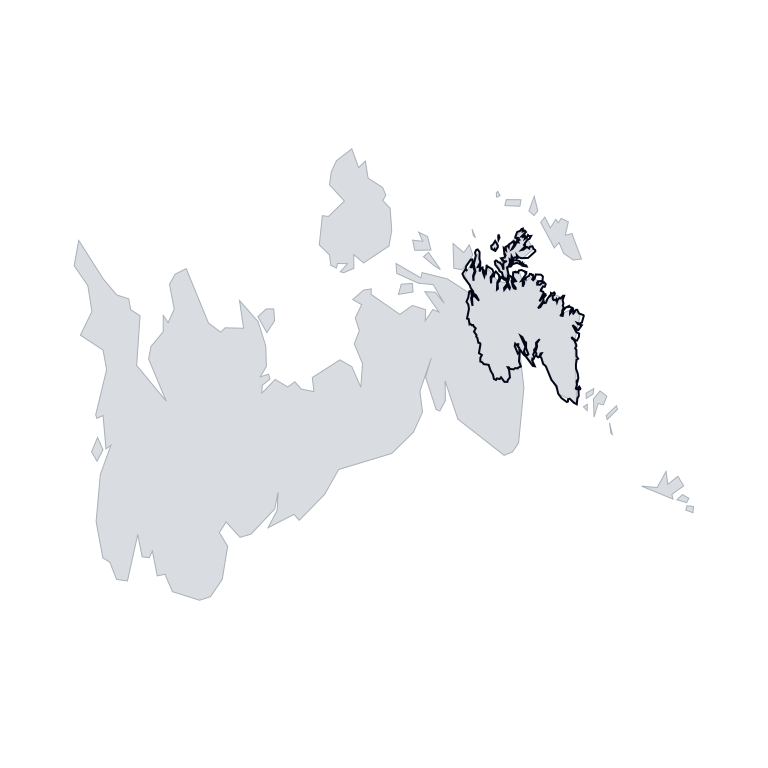 Highland on a map of United Kingdom (Natural Earth projection), rotated 95°
{"feature_id": "GBR-2745", "entity_name": "Highland", "entity_type": "Unitary District", "adm_level": 1, "iso_a3": "GBR", "parent_name": "United Kingdom", "parent_adm1": "", "projection": "natural_earth1", "projection_center": [-5.279, 57.587], "detail": "fine", "context": "in_parent", "style": "outline", "palette": "ink", "viewbox_px": 768, "rotation_deg": 95, "n_neighbors": 0, "source": "natural_earth", "source_scale": "10m", "svg_char_len": 9838}
<svg xmlns="http://www.w3.org/2000/svg" viewBox="0 0 768 768"><g transform="rotate(95 384 384)"><path d="M420.0,599.5L379.5,620.7L366.8,619.3L351.2,608.5L334.9,609.9L341.7,604.4L327.7,599.5L303.3,606.4L292.8,601.6L286.3,591.1L338.7,564.1L346.6,551.2L341.9,547.2L340.7,528.7L313.5,535.2L332.8,514.9L356.4,505.1L376.8,502.7L387.6,507.9L384.3,499.9L389.0,498.0L395.9,505.2L403.8,504.9L389.0,492.8L395.3,479.6L389.6,473.0L396.3,466.0L397.7,453.1L383.8,456.0L363.8,430.0L369.6,417.5L389.3,406.8L365.5,407.2L346.7,417.1L333.0,413.2L320.8,418.4L306.9,413.2L302.6,422.5L292.2,412.5L290.4,404.9L295.8,404.7L313.3,374.3L303.3,362.6L306.3,349.0L317.4,348.4L305.5,341.8L307.5,335.5L288.5,351.4L288.1,340.9L298.4,331.0L280.7,343.7L280.6,358.4L272.7,380.9L262.9,382.5L275.1,356.5L269.7,355.8L273.8,330.0L289.7,300.1L268.4,313.4L246.5,302.5L264.9,294.6L258.9,291.6L271.3,279.9L272.6,272.3L262.0,263.7L261.7,258.5L271.8,253.9L264.4,246.8L270.6,234.3L291.0,234.3L279.4,223.4L282.8,213.5L297.7,212.1L294.0,205.0L297.3,194.5L323.7,197.6L385.9,190.5L378.9,208.7L343.9,229.8L341.9,236.1L350.0,238.0L337.5,252.1L375.6,244.3L431.0,244.8L440.5,250.1L444.6,258.1L412.6,307.3L375.7,323.4L395.2,321.4L405.9,326.0L405.0,329.8L373.5,343.2L353.9,339.2L388.0,347.6L408.6,343.2L429.5,350.5L452.5,370.2L473.1,421.7L499.3,433.6L527.2,456.6L521.7,462.3L537.3,487.0L519.2,479.4L501.0,480.1L518.1,482.0L545.1,503.4L549.3,514.0L535.2,529.3L546.4,535.1L559.2,525.6L592.7,528.1L611.1,538.4L615.5,548.9L609.3,576.6L592.7,585.6L594.9,593.2L570.5,600.2L577.4,602.6L577.3,609.8L555.4,616.2L602.5,622.4L602.0,633.4L585.5,641.5L581.8,648.9L546.2,658.8L499.1,658.7L468.9,650.7L472.9,655.3L439.9,661.1L443.3,667.0L439.8,668.5L393.9,661.6L374.7,666.8L361.8,690.7L337.2,681.3L311.8,687.6L293.2,703.0L267.6,700.6L303.9,672.8L318.6,658.0L321.4,645.8L332.1,642.8L337.2,633.0L387.1,632.0L420.0,599.5ZM251.1,460.6L221.7,460.1L221.9,453.9L205.2,439.4L190.3,455.7L177.2,455.0L165.7,450.8L152.5,436.6L170.7,428.1L163.5,422.0L180.3,417.8L188.5,402.4L195.8,398.6L201.3,401.2L208.4,393.2L230.3,389.7L246.2,391.1L265.2,414.9L257.7,425.4L271.4,424.1L276.6,433.8L276.0,437.3L267.3,430.8L268.0,440.8L272.6,441.5L270.3,447.4L260.1,449.6L251.1,460.6ZM244.0,206.3L238.2,216.4L227.8,222.0L233.6,226.2L209.4,242.0L203.7,238.3L214.0,231.9L205.0,227.2L208.3,224.5L203.6,221.9L206.4,214.5L220.0,216.4L217.8,209.9L242.3,198.2L244.0,206.3ZM246.2,256.3L246.5,267.5L267.8,272.6L253.2,283.3L251.1,274.1L238.0,274.0L218.1,260.0L236.5,246.9L246.2,256.3ZM459.4,76.6L468.8,87.6L473.5,86.1L463.3,118.6L463.3,102.8L446.5,95.4L459.3,92.5L450.3,83.2L459.4,76.6ZM262.6,324.5L238.1,327.5L246.1,315.9L237.9,311.2L247.8,306.7L263.5,315.9L262.6,324.5ZM330.6,498.5L343.0,505.2L327.9,515.5L319.5,507.9L318.8,500.4L330.6,498.5ZM246.4,348.9L248.2,365.0L238.2,368.0L238.5,357.8L229.7,362.7L233.4,353.4L246.4,348.9ZM385.6,163.6L384.8,169.0L398.7,171.9L380.5,174.0L372.1,168.2L376.7,161.0L385.6,163.6ZM293.5,377.4L283.1,375.5L281.3,364.5L289.8,363.1L293.5,377.4ZM485.9,663.2L477.1,669.4L462.2,664.7L474.0,658.2L485.9,663.2ZM253.7,355.8L249.1,351.1L265.0,337.8L261.7,344.5L253.7,355.8ZM198.1,245.9L203.1,249.2L199.0,254.7L184.0,250.7L198.1,245.9ZM195.7,279.2L189.7,278.3L188.5,263.6L195.1,264.1L195.7,279.2ZM473.8,82.1L468.2,77.0L471.3,70.3L475.8,72.2L473.8,82.1ZM400.0,158.5L396.2,159.9L385.4,150.6L388.8,149.2L400.0,158.5ZM380.7,181.2L375.6,182.0L370.3,174.6L375.8,174.8L380.7,181.2ZM485.3,65.0L483.2,72.4L478.9,71.6L479.0,65.1L485.3,65.0ZM413.4,153.6L403.0,156.0L414.4,152.1L413.4,153.6ZM239.9,288.0L236.8,288.6L232.9,284.9L237.9,283.0L239.9,288.0ZM392.8,179.3L389.3,183.4L386.5,179.6L392.8,179.3ZM228.3,307.9L221.9,309.8L230.4,305.6L228.3,307.9ZM188.0,288.0L183.9,288.8L182.2,287.5L186.2,284.8L188.0,288.0Z" fill="#d9dde1" stroke="#a8b0b8" stroke-width="1"/><path d="M284.3,307.1L283.7,305.8L285.2,305.0L288.3,304.2L291.3,304.7L298.5,302.6L290.9,303.8L287.4,302.6L292.8,296.6L287.6,300.0L286.0,302.8L284.1,303.2L280.5,306.2L278.4,306.9L270.8,313.6L267.4,315.5L263.0,313.1L264.0,311.1L261.9,312.8L259.2,312.3L252.4,308.3L252.2,306.9L255.6,306.2L259.9,307.9L260.2,307.4L258.7,305.8L263.5,303.5L268.7,304.7L273.4,303.8L269.2,304.2L264.0,302.7L257.3,305.0L248.0,303.7L245.2,304.8L242.4,303.8L241.8,302.4L244.3,300.3L251.3,299.8L254.2,298.6L259.3,300.8L259.0,299.5L257.8,298.6L263.7,298.6L260.3,297.4L259.4,296.0L264.7,295.0L268.1,293.4L266.7,293.2L264.3,294.5L262.5,294.1L264.7,292.1L256.2,292.1L259.3,291.8L258.1,290.5L260.3,286.1L263.8,284.4L268.2,287.1L274.4,286.1L269.6,286.4L267.0,285.4L267.2,283.8L264.4,283.7L262.2,282.4L265.6,278.9L268.8,278.3L272.8,280.0L280.0,279.7L279.1,278.8L273.6,279.7L271.6,278.1L267.2,276.7L269.7,273.2L268.9,272.2L271.9,270.3L273.5,270.0L277.9,272.8L279.7,272.4L275.4,269.6L278.2,267.2L277.0,266.9L271.9,269.6L268.3,268.8L265.4,269.2L265.0,268.4L266.3,266.4L268.4,265.2L270.3,265.9L275.4,264.2L277.4,262.9L277.8,261.2L277.0,261.1L272.6,264.6L269.1,264.0L270.6,263.1L270.0,261.5L266.0,264.8L261.5,265.1L260.7,262.8L261.3,262.4L260.7,260.8L261.3,260.0L259.1,259.4L258.5,257.0L259.7,253.2L260.4,253.2L260.1,252.0L261.7,251.9L269.1,256.0L268.5,254.8L274.9,254.2L271.5,253.1L268.2,254.0L266.6,252.7L267.3,252.0L265.7,251.8L263.5,248.8L261.6,248.3L261.6,246.9L262.5,246.1L262.3,245.2L264.8,244.5L266.7,245.5L267.6,244.4L265.5,243.0L261.7,242.4L261.4,237.2L263.0,235.1L266.5,235.1L267.6,235.6L268.2,239.5L270.7,240.8L269.8,239.5L271.6,240.0L271.6,237.3L268.7,234.6L269.2,234.0L268.5,233.6L270.4,231.6L273.2,232.4L272.9,234.0L276.1,235.8L277.5,236.0L278.3,233.4L279.4,232.8L288.1,236.4L283.6,233.3L280.4,232.2L280.4,231.2L281.3,231.4L281.6,230.7L284.7,232.8L286.5,232.4L289.1,233.4L295.0,237.2L293.8,235.0L288.1,232.0L289.4,231.2L288.9,229.7L284.9,228.6L281.9,226.8L282.2,226.4L281.5,225.7L278.8,225.6L279.4,224.4L277.9,222.5L278.8,221.7L280.5,222.1L281.6,223.6L284.5,223.3L285.6,222.4L285.0,220.4L285.6,220.0L284.7,219.6L287.2,218.8L285.0,218.3L283.1,216.8L283.5,215.6L280.4,213.2L280.4,212.2L284.8,213.4L288.4,212.2L290.3,212.8L292.3,211.6L295.1,212.8L298.0,212.8L301.1,214.4L298.9,212.8L301.4,212.0L297.7,211.6L295.9,212.3L292.0,209.6L290.3,206.8L291.2,206.8L290.8,205.6L291.7,203.3L295.5,204.9L297.4,204.8L295.7,203.7L295.5,202.8L293.7,203.3L294.3,202.4L293.3,202.0L295.8,201.0L298.3,202.0L293.3,199.1L293.3,198.0L296.8,195.8L297.9,191.5L298.6,190.9L305.5,192.2L306.9,194.9L306.3,196.9L307.5,195.9L308.2,192.1L313.4,195.1L313.1,196.5L311.0,198.0L308.9,201.3L315.6,196.9L316.8,194.0L319.9,193.9L324.0,195.6L324.0,196.9L320.9,201.3L322.4,200.5L323.6,198.5L327.7,196.1L329.4,195.6L332.6,196.9L332.0,196.5L333.2,195.3L339.5,194.7L341.9,192.8L343.0,194.2L347.9,194.5L351.8,194.1L356.8,191.9L361.3,190.9L363.8,191.3L363.2,191.7L364.3,192.4L368.1,191.7L371.9,192.5L372.4,191.3L369.6,189.3L371.3,188.0L372.1,188.1L372.9,189.7L379.0,189.0L381.4,190.1L387.4,190.2L386.1,193.3L382.5,197.6L383.0,199.2L385.5,199.3L386.0,200.3L382.6,205.9L378.5,209.6L371.1,212.0L365.3,217.6L352.1,224.4L350.2,227.2L343.9,229.7L343.4,231.2L339.6,229.5L339.9,230.7L342.7,231.4L344.0,232.8L343.1,233.9L343.1,235.1L340.3,234.8L338.7,236.0L333.6,234.8L329.9,235.4L325.7,232.8L329.6,236.1L334.1,235.6L336.7,237.4L337.5,237.3L337.2,236.4L341.7,238.0L344.3,236.6L345.7,236.9L346.5,237.6L345.9,238.4L347.4,238.6L353.2,235.3L353.0,237.3L344.1,245.2L342.5,245.1L342.8,243.6L341.6,242.8L335.9,245.6L330.2,246.1L329.6,247.6L325.3,250.2L324.2,252.1L334.4,246.4L339.2,247.4L343.1,245.6L343.4,246.3L342.4,247.6L338.2,251.2L338.8,252.0L335.9,252.5L335.2,253.8L331.7,253.6L334.2,254.4L332.3,256.8L334.8,257.1L342.0,253.3L339.8,251.6L349.6,251.5L354.7,249.2L355.9,251.7L356.8,252.1L356.7,254.7L358.1,256.1L358.0,259.8L356.5,261.1L356.5,262.2L358.8,260.7L366.5,259.1L369.2,261.0L371.1,261.2L371.4,264.2L367.1,268.0L369.0,269.2L368.6,272.0L370.2,272.8L369.4,274.9L365.2,276.3L361.4,279.0L355.8,281.4L355.5,286.4L353.8,288.0L353.2,290.0L349.5,290.3L346.6,289.0L345.0,292.1L335.8,291.4L334.7,292.2L334.7,293.6L330.1,295.0L328.7,296.3L327.2,296.1L324.0,298.9L320.5,297.5L318.7,299.8L317.5,300.3L317.8,301.9L316.7,303.0L317.2,304.0L311.9,305.3L311.6,307.0L301.7,305.9L297.4,307.0L294.8,309.0L290.5,307.6L284.3,307.1ZM227.0,265.6L226.3,266.1L221.0,264.6L219.4,261.5L217.6,260.5L217.1,259.2L219.9,259.2L218.8,257.3L220.2,255.8L225.1,259.9L224.9,258.8L225.5,258.4L224.1,256.5L225.0,255.9L227.1,256.4L225.5,254.4L223.0,253.6L224.1,252.1L223.7,250.4L226.8,251.8L227.6,253.6L231.6,255.9L233.6,255.6L232.6,257.3L234.6,255.4L238.6,258.8L238.0,256.8L235.0,253.6L236.4,251.2L234.6,250.8L233.9,248.1L236.4,246.8L237.4,245.0L238.7,244.8L245.8,251.4L246.7,258.0L246.0,261.0L244.2,262.8L247.0,262.0L247.4,262.6L246.3,264.0L246.6,265.0L248.2,266.4L245.7,268.0L250.6,267.8L249.1,269.6L252.3,269.1L256.2,270.3L257.2,271.7L263.3,269.7L268.7,270.4L268.0,273.4L266.7,274.8L262.6,276.2L261.7,278.7L259.4,279.9L255.6,283.5L252.3,284.3L251.2,283.3L251.4,282.3L252.6,281.0L253.2,279.0L255.3,276.8L259.7,274.9L253.3,275.7L250.7,272.4L251.6,274.4L250.3,276.0L250.7,276.5L248.6,278.4L247.5,274.9L245.2,274.1L244.7,274.4L245.4,274.9L244.6,275.3L238.2,276.5L240.1,274.1L236.9,274.9L235.4,272.8L236.9,271.7L234.1,271.7L230.7,267.6L233.7,266.3L238.5,268.4L238.0,267.7L234.2,265.3L231.6,265.6L232.3,264.8L231.1,264.4L231.6,264.0L230.9,263.5L231.1,262.4L228.9,263.6L229.2,262.5L228.6,261.6L226.7,263.2L227.0,265.6ZM237.8,282.5L241.2,284.4L240.3,285.3L241.5,285.3L240.0,288.7L237.0,289.3L235.5,287.6L231.8,285.7L236.0,282.7L237.8,282.5ZM249.8,265.6L249.2,264.1L249.6,260.4L249.9,259.4L252.0,258.8L251.0,257.2L252.9,257.2L252.3,256.0L253.0,256.2L253.5,256.8L251.9,261.4L252.0,263.2L253.2,265.6L250.2,266.8L249.4,266.4L249.8,265.6ZM254.6,269.2L252.3,268.1L252.1,267.3L254.7,267.1L255.9,267.9L256.1,268.8L254.6,269.2ZM225.0,282.9L228.1,281.7L230.3,282.5L227.6,283.1L225.0,282.9ZM254.2,255.6L253.2,254.7L253.5,252.7L254.5,252.1L254.2,255.6Z" fill="none" stroke="#020617" stroke-width="2"/></g></svg>